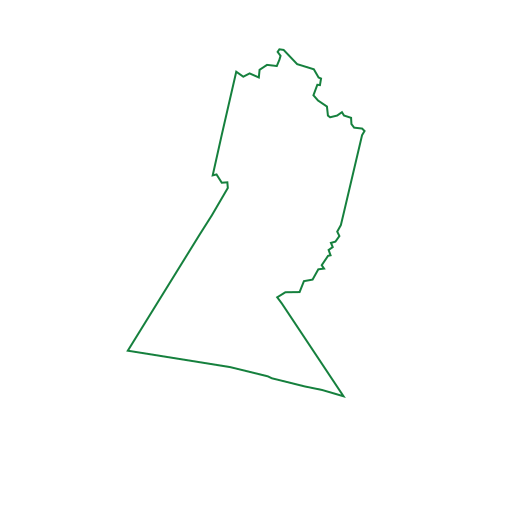 Stanislaus, California, United States of America (Robinson projection), rotated 147°
{"feature_id": "52423323B60811948646652", "entity_name": "Stanislaus", "entity_type": "district", "adm_level": 2, "iso_a3": "USA", "parent_name": "United States of America", "parent_adm1": "California", "projection": "robinson", "projection_center": [-121.179, 37.606], "detail": "fine", "context": "isolated", "style": "outline", "palette": "green", "viewbox_px": 512, "rotation_deg": 147, "n_neighbors": 0, "source": "geoboundaries", "source_scale": "gbopen_adm2", "svg_char_len": 967}
<svg xmlns="http://www.w3.org/2000/svg" viewBox="0 0 512 512"><g transform="rotate(147 256 256)"><path d="M338.1,176.8L311.6,148.6L309.3,144.8L286.1,120.0L273.6,107.7L259.0,90.7L260.2,202.2L260.7,209.8L251.1,209.6L239.1,202.0L229.5,208.8L221.4,205.4L211.0,210.9L205.8,208.4L205.9,212.5L195.5,216.9L193.1,216.0L191.8,221.5L186.8,221.7L186.0,226.2L181.6,224.8L175.2,227.3L174.6,232.2L168.0,235.7L159.8,243.5L101.2,299.6L96.9,301.7L97.6,305.1L103.8,310.2L104.1,314.7L101.0,320.1L105.7,325.9L105.6,329.8L111.5,329.6L118.3,332.0L119.2,334.6L115.1,342.7L119.3,352.6L120.3,359.5L111.3,366.2L109.3,364.5L104.8,369.4L106.3,371.6L105.8,381.1L117.0,394.5L120.6,413.8L123.8,416.6L126.7,415.4L126.4,410.5L129.4,407.9L135.1,404.0L142.7,410.3L151.6,410.2L156.4,404.2L161.9,412.6L169.0,413.3L172.2,421.3L218.7,376.3L248.4,347.2L244.7,345.9L244.8,336.1L239.9,333.4L242.6,328.4L270.8,314.2L291.3,304.8L415.1,246.4L338.1,176.8Z" fill="none" stroke="#15803d" stroke-width="2"/></g></svg>